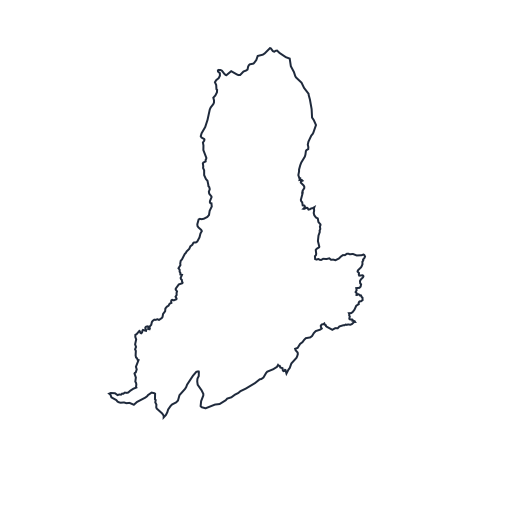 the district of Sasaima, Cundinamarca, Colombia, rotated 207°
{"feature_id": "7082276B5066904917882", "entity_name": "Sasaima", "entity_type": "district", "adm_level": 2, "iso_a3": "COL", "parent_name": "Colombia", "parent_adm1": "Cundinamarca", "projection": "equal_earth", "projection_center": [-74.404, 4.947], "detail": "fine", "context": "isolated", "style": "outline", "palette": "slate", "viewbox_px": 512, "rotation_deg": 207, "n_neighbors": 0, "source": "geoboundaries", "source_scale": "gbopen_adm2", "svg_char_len": 6094}
<svg xmlns="http://www.w3.org/2000/svg" viewBox="0 0 512 512"><g transform="rotate(207 256 256)"><path d="M297.3,68.0L295.8,71.9L290.4,79.5L289.3,81.7L289.1,83.0L287.0,86.9L284.2,87.6L283.4,87.5L281.0,82.5L280.0,82.1L279.3,79.9L277.3,78.4L276.2,75.9L275.2,75.0L268.1,73.1L265.7,71.8L265.0,70.3L264.1,73.4L264.1,76.5L264.6,79.4L264.0,83.7L263.4,85.6L260.7,89.3L259.9,91.8L261.0,97.3L258.9,105.3L258.7,107.5L259.0,110.1L257.8,120.8L256.6,125.7L255.2,126.9L254.6,127.1L254.2,126.6L252.5,123.0L252.5,120.3L252.2,119.4L251.4,117.5L249.5,114.8L243.5,111.6L240.3,109.2L239.6,107.7L239.0,101.8L237.2,97.1L235.8,96.6L231.8,97.4L225.1,105.0L221.2,107.6L217.5,113.7L216.9,115.9L213.8,118.9L211.8,122.9L209.6,125.9L208.5,128.5L204.9,133.2L199.2,142.3L196.7,147.8L195.4,148.8L194.2,151.1L193.9,156.3L193.5,158.0L189.2,163.0L187.0,166.7L186.9,168.9L186.1,168.5L185.0,168.9L183.7,167.7L181.5,168.1L180.1,166.2L179.2,165.9L178.7,166.3L178.5,167.7L178.0,167.8L175.5,165.1L175.5,169.5L175.1,171.5L175.7,176.3L173.7,183.7L173.8,185.4L174.2,187.6L175.1,188.9L177.9,190.0L179.0,191.1L177.2,193.0L176.8,197.7L175.5,200.3L175.0,203.3L174.3,205.4L170.7,208.1L169.7,210.2L169.5,213.5L168.7,216.2L165.5,219.4L164.5,221.2L165.9,222.2L166.6,223.2L166.5,224.2L166.1,225.1L165.1,225.7L164.5,226.9L163.5,226.0L162.3,226.0L161.8,225.3L160.9,225.1L154.5,224.9L152.6,227.7L150.4,228.7L149.7,231.1L146.7,234.0L145.8,234.4L144.9,235.7L143.9,235.8L142.9,236.8L140.7,237.6L139.6,239.0L138.6,241.8L137.8,242.2L138.6,242.7L140.7,242.1L140.9,242.9L141.4,243.1L143.3,242.2L144.0,242.2L144.5,242.7L145.0,244.7L146.1,245.5L146.5,246.7L147.2,247.2L145.2,248.4L144.4,250.1L143.9,252.9L144.1,257.2L142.6,259.8L143.2,260.6L143.3,262.1L143.0,262.7L141.9,263.3L141.0,265.1L142.2,267.2L143.3,267.5L144.5,268.5L145.4,268.0L146.0,268.4L147.4,268.4L148.4,267.0L148.8,266.9L149.3,268.5L150.9,269.1L150.8,271.2L152.1,272.9L149.4,274.6L148.9,276.2L149.5,278.5L150.7,278.9L152.0,280.9L151.9,282.8L151.0,285.5L151.0,286.5L151.5,287.1L152.3,287.2L155.1,285.4L155.9,286.0L156.5,287.6L158.4,288.2L158.6,288.7L158.6,289.7L157.3,293.5L157.2,294.6L157.4,297.0L158.6,299.2L158.4,300.7L159.0,301.5L158.5,303.4L158.6,305.0L159.9,306.0L160.9,306.1L162.3,304.6L166.5,302.2L170.6,301.8L173.2,300.1L174.7,300.0L176.1,299.2L177.1,297.2L179.0,296.2L180.1,294.1L181.0,291.4L183.3,288.3L185.4,287.9L187.5,286.7L189.6,287.2L191.8,285.3L194.9,284.0L196.1,282.1L197.3,281.6L199.1,281.6L200.4,280.3L201.9,280.1L203.4,282.6L203.0,283.9L203.3,285.2L205.5,288.5L205.2,290.0L203.7,292.4L203.8,293.0L207.6,297.4L209.6,302.6L210.1,306.4L210.8,307.3L211.0,309.3L212.4,311.2L212.6,312.9L212.9,313.4L215.8,314.6L218.0,317.5L220.0,317.5L222.5,318.7L224.1,320.5L224.8,322.8L226.1,325.0L226.2,325.9L227.3,324.2L228.4,323.5L229.1,322.2L230.3,321.2L232.0,322.2L232.6,322.1L234.6,319.8L235.2,319.6L234.7,321.1L234.9,322.3L235.8,322.9L237.4,322.3L239.2,324.8L240.5,325.3L241.5,326.3L242.9,332.8L243.2,333.7L243.6,333.5L244.1,335.4L243.8,338.3L244.3,339.5L245.4,340.4L249.4,341.7L249.8,342.9L248.8,344.2L250.1,344.6L251.7,343.5L252.1,345.2L252.6,344.9L255.0,347.3L256.0,350.8L256.9,352.6L257.8,357.0L258.1,359.8L257.6,366.7L258.0,368.8L259.2,372.2L259.1,373.3L258.0,374.9L258.8,376.8L260.4,378.7L261.2,381.7L261.4,388.4L260.9,390.5L260.9,391.9L262.0,399.9L266.2,403.3L268.9,404.8L273.1,412.1L279.0,419.9L282.1,423.3L282.8,424.4L289.5,427.6L294.1,431.1L301.5,433.3L302.8,434.2L305.7,437.1L311.1,440.9L315.6,447.2L319.6,446.7L327.2,447.6L330.5,448.6L331.7,447.7L332.5,446.3L334.0,446.2L337.0,447.7L337.9,447.6L340.2,440.5L341.3,438.5L345.3,435.0L344.7,430.7L345.3,427.4L345.6,426.3L348.6,423.9L349.0,422.7L349.0,421.2L348.2,418.3L349.0,416.8L350.9,414.7L352.3,410.1L353.9,409.2L355.5,409.1L362.0,409.4L364.5,403.6L365.3,403.5L367.1,404.0L370.4,405.6L372.0,405.6L373.8,404.8L374.2,404.1L373.6,403.1L371.2,402.5L370.0,400.2L370.0,397.5L371.3,394.6L371.5,392.2L369.1,390.3L367.0,386.7L366.1,386.4L365.1,384.1L365.1,380.6L365.9,377.7L364.0,375.5L363.1,373.6L363.0,371.9L363.8,367.8L363.7,365.6L361.0,355.3L359.8,347.8L360.2,340.6L359.6,337.6L358.3,336.8L355.2,336.7L354.8,336.3L354.5,335.2L354.8,333.0L353.0,330.6L351.0,326.5L344.8,320.9L344.5,320.1L344.5,318.7L343.8,317.4L345.3,315.4L345.4,314.4L343.8,312.1L343.1,310.4L341.1,308.8L338.9,304.5L335.5,301.8L333.4,301.0L330.6,297.5L330.2,296.7L329.0,296.2L327.9,295.0L327.5,294.4L327.2,291.9L326.0,290.3L322.7,288.8L322.3,288.2L322.0,284.3L321.6,283.1L320.7,282.4L319.6,282.7L317.9,280.0L317.8,275.2L316.5,271.2L317.1,268.7L319.4,265.5L321.2,264.1L322.9,263.6L323.7,262.5L322.7,257.6L321.7,256.1L320.2,255.3L316.7,254.4L315.6,253.6L315.7,250.8L314.8,246.9L314.9,242.2L315.7,240.8L317.4,239.9L317.8,239.1L317.8,237.1L318.9,234.8L318.7,232.1L319.9,228.5L319.9,227.0L320.4,225.5L320.4,219.4L320.9,217.5L320.1,214.9L319.2,213.6L319.5,209.9L317.8,209.1L316.9,207.3L315.8,206.7L315.0,205.2L313.4,205.6L313.2,202.2L312.4,201.4L311.3,201.1L310.4,199.8L309.3,198.9L309.3,198.3L311.9,195.6L312.7,190.5L312.3,189.6L310.3,188.6L310.0,187.0L309.0,185.2L309.2,183.2L307.5,182.1L307.3,181.3L309.1,179.2L310.8,178.9L311.2,178.2L311.1,177.2L310.1,175.8L311.3,174.3L311.4,172.0L312.4,170.4L312.9,168.1L311.9,165.5L312.5,162.2L311.6,159.2L311.8,157.9L313.4,155.0L315.1,154.9L316.5,153.5L317.7,153.1L318.6,151.3L318.8,149.9L318.1,147.1L318.8,144.4L317.7,143.3L317.6,142.4L318.9,142.0L319.5,143.5L320.1,144.2L320.9,144.0L321.9,143.0L322.1,142.3L322.0,141.6L320.1,139.9L320.0,139.4L323.2,138.8L323.3,138.0L322.8,136.1L323.2,135.0L324.0,135.0L325.4,136.2L325.9,136.3L326.9,132.2L327.7,131.0L326.8,129.1L324.9,127.3L323.6,122.4L321.6,120.5L321.4,118.0L320.0,116.9L318.1,112.7L316.8,111.1L315.5,110.8L314.3,109.7L313.4,109.9L312.7,102.8L310.8,100.8L310.7,100.1L310.3,97.7L310.9,96.8L310.9,96.1L307.9,93.2L306.5,89.3L305.2,88.4L304.3,87.2L303.5,85.0L302.9,84.5L305.0,82.1L306.9,78.8L307.9,76.3L309.0,75.4L310.9,74.7L311.7,73.0L312.8,72.6L313.3,71.2L315.0,70.5L316.2,69.2L319.3,69.7L323.2,68.0L324.3,66.7L322.8,66.4L320.6,64.4L315.0,64.2L313.3,63.4L311.8,63.4L310.0,63.8L307.1,65.6L304.7,66.0L302.0,67.7L297.3,68.0Z" fill="none" stroke="#1e293b" stroke-width="2"/></g></svg>